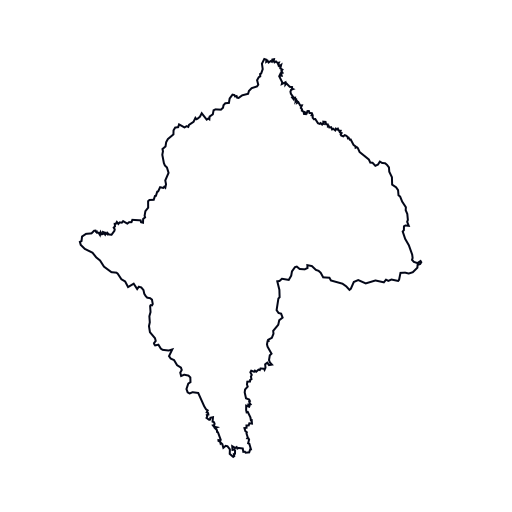 Phop Phra, Tak, Thailand (Equal Earth projection), rotated 337°
{"feature_id": "78962969B25324759841331", "entity_name": "Phop Phra", "entity_type": "district", "adm_level": 2, "iso_a3": "THA", "parent_name": "Thailand", "parent_adm1": "Tak", "projection": "equal_earth", "projection_center": [98.788, 16.455], "detail": "fine", "context": "isolated", "style": "outline", "palette": "ink", "viewbox_px": 512, "rotation_deg": 337, "n_neighbors": 0, "source": "geoboundaries", "source_scale": "gbopen_adm2", "svg_char_len": 6127}
<svg xmlns="http://www.w3.org/2000/svg" viewBox="0 0 512 512"><g transform="rotate(337 256 256)"><path d="M408.4,287.9L408.5,283.6L409.9,282.1L411.7,276.4L411.7,272.3L413.0,269.7L411.8,263.0L411.9,257.6L410.9,255.8L412.5,250.9L411.8,247.5L409.2,243.5L411.9,236.6L411.6,230.5L413.0,226.4L412.2,223.3L411.1,221.1L408.4,219.6L406.9,217.5L404.0,219.5L401.1,219.6L399.7,215.7L397.7,214.7L397.6,211.3L392.0,200.8L391.9,196.5L391.3,195.2L390.0,195.2L390.4,193.9L389.2,191.9L388.7,185.8L387.8,185.6L387.5,183.5L386.6,183.5L386.9,182.2L386.0,180.5L384.9,179.4L383.1,180.0L381.5,178.4L381.4,177.2L382.8,176.3L381.6,175.0L382.8,173.8L381.2,173.0L381.1,170.8L380.0,171.2L379.3,170.0L378.0,171.3L376.8,169.0L375.5,169.2L375.5,166.8L373.7,166.3L373.7,164.8L372.8,164.8L373.5,163.0L372.0,162.1L372.4,159.7L370.5,158.7L370.0,160.9L369.0,160.2L368.2,160.8L367.4,158.9L366.3,159.3L364.9,158.0L364.1,153.1L362.8,152.8L362.2,150.8L363.1,148.8L362.2,148.2L363.2,147.4L363.2,146.3L361.1,145.3L361.3,143.2L360.0,142.7L358.5,144.4L357.6,143.3L357.2,144.8L355.7,144.0L356.2,141.8L355.0,140.1L355.7,139.0L355.1,137.2L357.1,135.3L355.5,134.7L355.1,131.0L353.8,131.1L354.6,130.1L354.2,128.7L352.9,129.3L354.2,127.3L353.3,126.3L353.8,125.5L352.8,125.2L351.9,126.5L351.2,124.1L352.3,123.9L351.5,120.3L351.9,118.2L353.3,116.7L355.3,116.8L354.6,116.0L355.2,114.6L353.2,113.5L351.4,108.9L350.0,109.7L350.9,107.6L347.0,107.8L348.0,106.5L347.6,99.6L349.1,98.3L348.9,99.5L350.1,100.1L350.4,97.5L352.0,97.7L351.7,95.5L353.1,94.8L351.7,92.8L353.8,89.9L350.7,90.6L352.0,89.5L351.2,88.5L352.6,87.0L351.3,86.8L350.4,84.7L348.7,85.0L348.4,83.6L349.5,81.9L347.8,81.5L346.5,83.4L345.6,82.3L343.2,82.8L343.0,81.0L341.3,81.3L342.3,79.4L340.6,77.9L336.6,81.3L335.2,86.6L332.1,90.0L330.9,90.1L330.1,92.3L328.4,92.5L325.7,94.6L325.0,99.2L323.2,100.3L317.6,99.8L314.0,101.3L312.1,103.6L306.1,102.7L301.7,103.7L300.5,102.9L300.6,101.2L299.1,101.0L299.0,99.4L297.4,98.3L293.3,100.7L290.9,104.5L287.4,103.4L285.0,104.5L283.6,106.6L280.9,107.6L276.0,105.2L273.9,105.3L271.6,108.7L267.8,109.5L266.5,111.9L265.9,110.8L263.9,111.2L261.8,103.4L258.8,105.9L255.8,106.8L254.6,106.8L254.2,105.2L250.9,108.1L245.6,109.1L244.1,110.7L242.9,109.4L240.4,109.7L236.6,104.8L234.7,107.0L231.8,106.2L229.2,108.1L227.5,111.8L220.6,113.9L217.8,116.1L215.5,119.8L211.7,121.0L211.3,123.2L209.3,126.2L207.5,134.5L207.5,137.1L208.6,139.7L208.0,145.3L202.0,151.0L201.2,154.8L199.2,157.7L198.6,156.4L197.2,157.1L194.6,155.2L191.2,158.3L190.2,158.2L187.4,161.5L186.4,161.3L183.8,164.3L179.8,162.8L178.1,163.4L175.6,169.4L171.7,171.5L169.2,175.4L169.0,177.1L166.6,177.8L165.0,181.2L163.4,180.0L163.7,178.1L156.3,174.4L154.6,176.2L152.4,175.3L150.2,175.9L147.3,172.0L145.5,172.9L143.6,171.8L141.8,172.7L141.2,170.3L139.5,171.6L138.5,171.2L137.8,173.6L136.1,174.3L136.4,176.2L135.5,177.5L131.3,180.0L129.0,178.7L128.3,176.9L127.7,177.8L126.8,176.3L125.5,177.4L125.2,176.1L125.9,175.4L124.6,174.2L124.0,175.9L122.6,175.8L122.3,173.4L121.2,174.9L121.4,173.0L120.4,174.5L120.2,173.1L118.7,172.4L119.0,171.3L118.2,171.2L118.2,169.9L116.8,169.5L113.4,170.9L108.2,169.2L103.5,170.1L101.2,174.1L99.4,174.2L99.0,177.3L101.2,182.6L106.8,189.1L108.4,194.9L110.7,199.2L111.9,206.4L116.6,214.4L121.0,216.8L121.8,218.2L123.0,224.8L125.6,228.3L126.1,234.6L132.6,233.7L133.7,240.0L136.1,238.5L138.1,240.1L139.1,243.4L138.4,247.1L138.8,249.8L139.6,251.9L142.0,253.4L143.2,255.5L142.2,259.8L141.0,260.8L139.8,260.1L139.0,260.7L137.0,266.4L134.3,269.8L132.3,275.6L130.1,278.7L128.6,284.7L130.9,292.2L130.5,295.0L128.0,296.4L127.9,297.7L128.2,298.9L131.5,299.5L132.2,304.1L133.4,305.9L138.7,308.9L142.4,309.3L136.8,314.2L137.4,317.1L139.9,319.8L140.7,325.7L143.3,329.4L143.1,331.9L140.7,333.8L140.2,337.2L143.5,337.2L147.1,339.7L148.1,342.1L146.4,346.5L143.8,347.0L140.0,351.3L139.8,354.8L141.2,356.6L144.4,356.6L149.3,359.5L149.6,374.1L150.1,377.6L151.2,379.3L149.5,380.7L150.5,381.8L150.2,383.4L148.6,383.2L148.4,384.6L147.2,385.7L148.9,388.5L149.8,388.6L150.8,387.1L153.4,387.6L151.3,391.5L152.4,392.6L152.3,394.3L151.5,395.3L150.2,395.1L150.6,396.6L153.1,398.5L151.0,398.5L152.0,401.1L151.4,402.7L152.1,403.4L151.7,411.4L151.1,412.0L149.5,410.8L149.2,411.5L150.4,413.0L150.1,414.9L150.9,414.7L151.5,416.1L151.0,419.8L153.9,418.9L155.4,420.0L156.4,423.8L154.5,427.9L156.5,432.0L157.8,431.7L158.2,429.7L159.4,429.8L160.7,426.9L160.4,425.7L158.6,425.3L159.8,421.8L161.9,424.6L163.5,424.3L163.6,426.0L165.0,425.9L168.6,428.0L167.8,431.3L169.3,431.8L169.6,433.0L173.0,434.1L175.0,431.8L175.8,432.0L176.5,426.3L175.6,425.3L177.9,422.3L177.8,421.0L176.8,420.4L177.5,419.9L177.9,415.7L178.7,414.7L177.8,413.1L178.1,409.9L180.2,410.4L181.0,408.3L183.1,409.1L184.5,407.4L186.8,408.7L187.9,405.4L187.1,405.2L187.8,402.4L187.5,396.4L186.3,396.3L186.7,394.0L188.5,389.9L190.8,392.1L191.5,391.4L191.1,389.8L193.0,390.3L192.7,388.7L192.9,387.2L193.7,387.1L193.6,385.4L191.2,383.1L192.3,377.1L193.8,374.6L197.3,373.0L197.5,370.7L198.9,368.3L201.4,369.2L202.2,367.8L203.7,367.6L204.2,365.0L205.6,363.8L205.4,360.8L206.8,359.7L209.0,361.8L210.2,361.1L210.9,362.6L213.9,361.6L214.9,362.5L216.2,361.3L219.3,362.9L219.4,364.1L221.1,362.5L222.1,359.3L224.7,358.6L225.3,361.5L228.2,362.2L227.2,359.4L227.3,356.9L229.9,352.8L232.1,352.0L231.2,344.0L231.6,341.6L233.4,338.9L234.4,339.1L234.5,337.9L238.6,337.5L241.7,334.4L242.6,331.6L249.6,328.0L252.3,324.2L256.4,323.1L256.6,318.9L254.5,317.3L253.8,313.9L260.0,303.9L261.6,303.2L264.3,296.3L265.7,287.6L267.9,288.2L271.0,287.1L276.8,290.8L280.7,287.9L283.1,284.2L287.5,281.5L289.4,281.7L291.1,285.0L295.6,287.3L298.7,287.2L299.7,284.5L303.5,287.1L305.7,292.2L307.8,294.1L309.0,296.7L309.5,301.9L315.1,304.7L315.4,307.8L324.8,315.3L327.2,319.2L328.8,323.7L330.5,323.2L335.9,318.1L340.7,318.1L346.3,324.1L356.4,325.2L363.4,330.2L366.4,328.6L368.1,330.6L371.5,330.6L377.1,334.5L378.4,333.8L382.4,328.0L386.8,329.6L389.7,331.8L394.0,332.2L400.0,329.8L401.2,327.4L404.0,327.5L405.7,326.3L405.5,324.9L401.8,325.6L399.0,323.1L398.1,320.5L399.4,319.0L400.3,315.8L400.9,305.9L400.0,298.5L400.6,290.8L402.2,290.0L403.8,286.5L405.5,286.3L408.4,287.9Z" fill="none" stroke="#020617" stroke-width="2"/></g></svg>